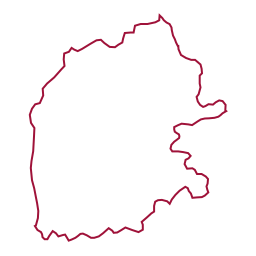 Astravyets, Grodno, Belarus
{"feature_id": "67162791B54270193950847", "entity_name": "Astravyets", "entity_type": "district", "adm_level": 2, "iso_a3": "BLR", "parent_name": "Belarus", "parent_adm1": "Grodno", "projection": "mercator", "projection_center": [26.135, 54.766], "detail": "fine", "context": "isolated", "style": "outline", "palette": "rose", "viewbox_px": 256, "rotation_deg": 0, "n_neighbors": 0, "source": "geoboundaries", "source_scale": "gbopen_adm2", "svg_char_len": 2223}
<svg xmlns="http://www.w3.org/2000/svg" viewBox="0 0 256 256"><path d="M226.2,111.1L225.3,110.3L225.6,104.9L222.6,101.1L219.2,100.4L215.7,102.3L213.0,104.6L208.5,104.2L205.4,106.1L203.1,106.9L200.1,104.9L197.8,101.5L196.6,96.9L198.6,94.3L200.5,87.4L199.7,83.6L199.7,79.4L199.7,75.6L202.0,73.3L201.6,68.7L200.5,64.5L195.1,59.9L191.3,59.9L186.0,58.0L181.0,55.0L178.5,49.2L178.3,46.1L177.9,46.2L176.0,42.4L174.9,39.3L173.0,35.5L171.8,30.2L171.5,27.5L169.6,24.1L166.5,22.5L163.8,20.2L162.3,18.0L159.6,15.4L159.2,20.3L155.3,22.3L147.5,24.0L140.7,24.0L135.0,25.7L133.6,32.5L130.9,32.5L124.8,33.0L123.1,38.6L122.3,42.5L118.4,44.7L115.0,47.2L109.7,46.9L104.3,43.0L100.9,39.8L96.5,40.3L90.6,43.7L82.1,48.9L77.7,51.1L74.2,49.6L71.6,47.9L68.9,51.8L64.2,53.5L63.7,59.4L64.5,66.0L61.3,69.4L54.2,77.4L47.1,83.5L42.7,88.7L43.2,95.5L39.8,103.1L35.2,104.3L32.0,108.7L29.8,114.8L31.0,122.9L34.4,128.0L34.0,136.5L33.2,151.2L31.5,161.0L30.8,168.0L32.0,180.2L34.2,188.3L35.7,196.1L37.1,203.2L38.3,211.0L37.9,218.1L35.9,225.4L34.9,226.0L37.5,230.0L41.0,232.1L42.1,234.3L42.5,237.1L44.6,239.2L47.4,239.2L49.2,236.0L52.7,231.1L55.9,233.2L58.4,236.4L63.0,235.0L65.1,234.6L67.3,238.2L68.7,240.6L71.5,239.6L75.4,237.8L77.9,236.0L80.4,233.9L82.9,233.6L86.8,235.3L91.0,237.8L94.2,237.8L98.8,236.4L103.1,233.2L108.7,228.2L112.3,230.7L113.7,232.8L117.2,232.5L120.8,230.4L125.4,227.5L132.1,230.0L138.5,232.1L142.8,229.7L142.8,224.7L141.7,221.9L146.7,217.6L151.3,213.4L154.1,211.6L154.1,205.9L155.2,201.7L158.0,200.2L161.9,199.9L167.2,201.3L169.7,203.8L171.8,199.5L175.4,194.9L179.6,190.7L185.3,186.8L187.8,188.2L188.8,191.0L190.9,193.5L192.4,197.8L197.0,197.4L201.9,197.1L204.8,195.6L208.3,192.4L207.3,189.6L206.5,186.4L207.6,183.6L208.0,179.0L205.8,176.5L201.6,174.0L197.0,174.0L194.8,169.8L192.4,168.3L187.1,168.7L184.6,164.1L185.6,159.8L188.5,158.4L190.6,155.9L188.1,153.1L183.2,152.1L178.2,151.4L172.3,151.4L170.5,148.7L171.4,144.8L174.2,141.7L176.4,140.1L179.1,138.0L179.4,136.2L178.9,134.4L176.6,133.0L174.8,131.7L174.2,129.4L174.2,127.1L177.8,125.3L181.6,123.7L188.4,124.4L192.1,125.1L197.5,121.5L200.9,119.4L204.8,118.5L209.1,118.3L214.5,117.8L218.4,116.7L220.6,115.1L222.5,113.3L226.2,111.1Z" fill="none" stroke="#9f1239" stroke-width="2"/></svg>